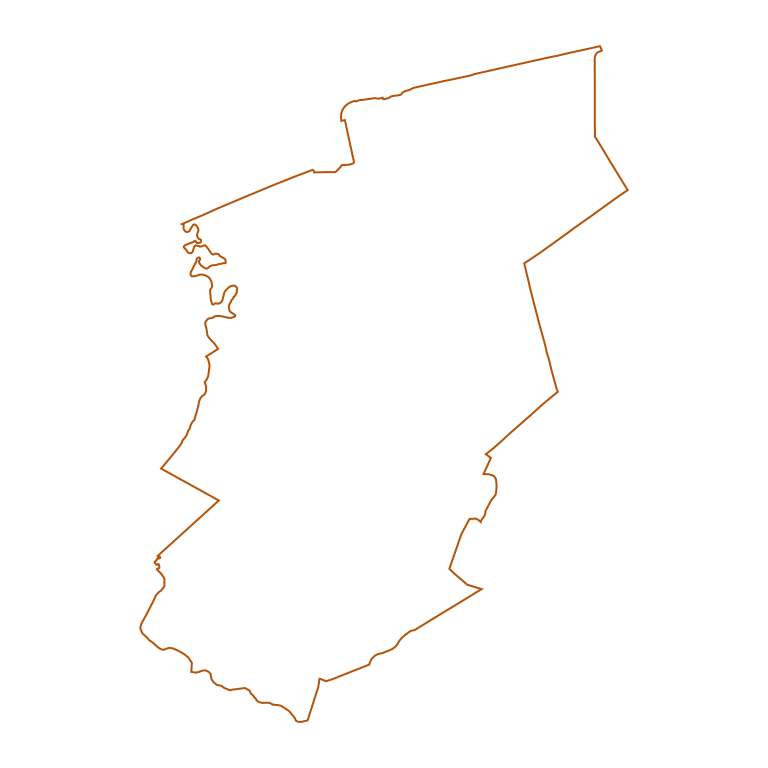 Vladeni, Dâmbovita, Romania
{"feature_id": "2599482B82955603799790", "entity_name": "Vladeni", "entity_type": "district", "adm_level": 2, "iso_a3": "ROU", "parent_name": "Romania", "parent_adm1": "Dâmbovita", "projection": "orthographic", "projection_center": [25.776, 44.875], "detail": "fine", "context": "isolated", "style": "outline", "palette": "amber", "viewbox_px": 768, "rotation_deg": 0, "n_neighbors": 0, "source": "geoboundaries", "source_scale": "gbopen_adm2", "svg_char_len": 6046}
<svg xmlns="http://www.w3.org/2000/svg" viewBox="0 0 768 768"><path d="M307.6,720.4L318.4,686.7L318.5,685.6L319.5,678.9L321.0,679.1L326.0,681.2L331.7,679.5L351.4,671.6L352.7,671.1L367.7,665.2L368.5,664.9L369.2,664.6L369.4,664.3L369.8,662.5L371.5,659.2L372.7,657.8L374.9,655.7L376.4,654.8L379.0,653.8L381.8,653.2L383.2,652.8L386.0,651.6L387.3,651.2L389.6,650.2L392.1,649.1L394.4,647.5L395.3,646.7L396.4,645.6L397.8,643.5L398.5,642.1L399.4,640.8L402.1,637.6L405.0,635.1L406.8,633.8L409.4,631.8L410.5,631.1L411.6,630.6L413.3,630.4L414.1,630.2L415.2,629.7L423.7,624.5L435.2,617.4L463.5,600.2L481.6,589.1L474.9,587.0L472.6,586.4L471.8,586.1L467.6,584.8L466.8,584.4L466.2,583.8L454.1,573.4L449.4,568.8L461.3,534.3L469.5,519.0L475.1,518.6L478.2,519.7L480.6,521.9L480.6,521.4L484.4,515.9L485.2,513.7L485.5,512.0L485.4,511.1L486.3,509.5L491.1,500.4L495.1,495.4L495.7,494.4L496.2,491.3L496.6,486.7L496.4,482.6L495.9,479.1L494.1,476.1L491.6,475.0L488.4,474.2L483.5,474.1L490.9,457.9L485.8,454.2L493.1,448.5L497.7,444.5L510.7,432.6L530.6,415.2L535.7,410.6L542.6,404.3L557.8,391.8L556.7,389.1L551.7,370.9L548.8,358.9L546.8,352.8L545.9,348.2L544.3,342.0L539.7,325.5L529.5,286.0L529.1,283.6L524.2,263.4L538.3,254.0L551.6,244.5L566.6,233.7L574.2,228.0L583.6,221.4L590.8,216.3L614.9,198.9L621.0,194.6L627.7,190.1L618.6,175.4L614.7,168.9L610.5,162.2L608.7,159.1L598.3,141.9L594.9,136.6L595.0,134.7L594.8,124.0L594.8,120.1L594.8,87.9L594.8,87.7L594.8,86.6L594.8,78.4L594.7,65.5L594.8,65.2L594.8,63.7L594.7,60.8L594.7,58.6L594.9,57.0L595.2,55.7L596.1,54.2L596.8,53.2L597.7,52.4L598.7,51.9L601.8,50.7L601.2,48.9L599.9,46.1L595.5,47.2L589.6,48.5L569.0,53.0L556.7,55.9L550.8,57.0L535.6,60.4L512.1,65.6L478.7,73.1L474.4,74.2L469.6,75.7L467.8,76.1L463.4,77.0L452.3,79.4L442.8,81.3L440.9,81.8L436.6,82.7L413.4,87.9L410.4,89.5L408.7,90.2L406.9,90.6L405.5,91.0L404.6,91.4L402.7,92.5L401.7,93.6L401.4,94.1L401.0,94.5L400.6,94.8L396.4,95.6L394.1,95.8L391.5,96.3L388.3,98.2L384.1,99.2L382.8,98.9L382.6,97.7L378.7,98.7L377.4,98.6L375.4,98.1L372.7,98.4L363.2,99.8L360.3,100.0L358.7,100.4L355.9,101.5L355.1,100.9L354.7,101.0L352.2,101.7L350.1,102.6L348.5,103.4L347.0,104.5L345.4,106.0L344.0,107.5L342.9,109.2L342.0,111.1L341.6,112.6L341.2,114.4L341.0,116.1L341.1,118.8L341.3,120.9L344.9,120.1L349.2,140.1L353.1,158.1L353.7,160.2L353.9,162.5L353.3,163.3L350.4,164.4L347.6,164.8L341.9,165.1L339.8,167.8L335.5,172.1L335.2,172.1L328.0,172.1L314.1,172.4L313.8,170.9L312.7,169.8L293.7,177.0L275.1,184.4L250.0,194.8L217.0,208.7L202.5,215.3L193.9,218.9L191.6,219.8L188.7,221.2L181.9,224.1L183.1,224.7L183.7,225.1L183.7,226.2L183.5,228.2L184.0,229.7L185.2,231.3L186.3,232.0L188.2,231.8L189.5,231.1L190.1,229.7L193.2,224.8L194.4,224.4L196.1,225.3L197.9,227.8L198.3,229.0L198.4,230.5L197.1,234.5L197.1,235.9L197.9,237.8L198.7,238.8L200.1,239.4L200.9,239.7L201.1,240.9L200.7,242.3L199.2,242.9L197.0,243.0L196.1,242.3L195.8,241.3L195.0,240.9L194.2,241.2L193.3,242.1L190.2,243.1L185.0,245.2L183.8,246.4L183.9,247.5L186.0,249.6L187.7,252.3L189.3,253.2L191.3,253.2L192.7,251.6L193.5,248.8L194.4,246.6L195.4,245.4L198.9,246.1L199.9,246.7L203.0,246.0L204.1,245.4L205.4,245.4L208.6,249.3L210.0,251.6L211.8,254.0L213.1,254.6L215.1,253.7L217.7,253.9L219.0,254.5L219.4,255.7L224.1,258.4L225.4,259.6L225.7,262.0L225.5,263.1L224.9,263.2L223.2,263.2L222.3,263.5L221.1,263.7L217.6,264.4L216.1,265.1L214.0,265.1L212.8,265.2L211.1,265.7L209.5,266.6L207.8,268.2L206.6,268.6L205.1,268.2L201.4,265.8L199.6,263.6L198.9,261.7L199.2,260.7L200.0,259.8L200.0,258.3L199.3,257.5L197.9,257.7L196.8,258.7L196.4,261.4L195.0,263.9L192.0,270.0L191.1,271.4L190.6,272.9L190.6,274.7L190.8,275.3L191.9,276.4L193.2,276.1L194.8,276.4L197.7,275.3L200.0,274.6L202.4,274.6L204.7,275.1L207.3,276.4L208.9,277.4L210.1,278.9L210.9,280.5L211.6,282.4L212.0,284.2L212.2,286.3L211.6,287.8L210.5,289.1L210.0,290.6L210.6,296.5L210.5,297.5L211.2,301.2L212.4,304.4L213.2,304.6L214.7,303.8L215.1,303.3L215.6,303.4L218.1,303.7L220.1,303.0L221.7,301.6L222.5,299.8L224.4,292.3L225.8,290.2L228.7,287.5L231.1,285.9L234.2,285.6L236.0,286.5L237.1,288.1L237.0,290.4L236.5,293.3L234.8,296.1L233.6,296.9L232.9,298.9L231.6,299.9L230.8,302.0L229.4,304.2L228.8,306.8L229.2,309.1L229.7,311.1L231.3,312.6L234.6,314.6L235.3,315.7L234.8,316.6L231.3,317.9L227.8,317.7L223.3,316.6L219.5,316.0L217.6,315.9L215.0,316.3L213.6,317.0L212.5,317.9L208.7,318.5L207.2,319.6L205.9,321.3L205.2,322.7L205.4,325.1L206.2,327.6L207.1,332.4L207.3,335.0L208.4,336.9L210.7,339.9L212.5,341.7L214.0,342.9L218.1,348.9L206.1,356.5L208.0,359.0L208.8,361.9L209.6,365.6L208.2,376.2L206.7,379.4L204.7,382.3L205.0,383.2L206.2,386.5L206.0,391.4L204.8,394.2L202.2,396.1L200.3,398.3L198.8,402.3L198.6,405.0L194.3,420.2L193.7,420.4L192.2,422.3L190.7,425.1L189.7,428.7L188.2,430.8L187.5,432.7L186.2,436.0L184.4,438.2L182.6,440.3L181.4,443.3L179.7,445.9L172.7,454.7L161.1,468.6L218.8,500.5L157.6,556.0L158.1,556.6L159.9,556.9L160.2,557.5L160.1,558.1L159.1,558.5L157.7,558.5L156.7,559.4L156.4,560.5L154.7,561.9L154.6,562.8L155.7,563.6L156.2,564.5L157.0,564.8L157.9,564.1L158.6,564.2L159.1,565.4L159.4,567.3L159.2,568.1L157.2,568.8L156.9,569.5L159.6,572.1L161.7,574.4L164.2,578.3L164.5,581.3L164.2,582.7L164.5,584.0L164.4,585.9L164.0,586.9L162.7,588.5L161.9,589.7L160.7,590.8L158.5,592.4L155.6,595.8L154.3,599.1L147.7,612.2L142.1,622.3L140.8,625.4L140.3,627.6L140.5,628.8L141.2,630.2L141.6,631.9L142.3,633.2L147.7,638.3L149.3,640.3L151.4,641.6L153.7,643.4L157.8,647.1L160.6,649.1L163.6,649.8L166.6,648.6L169.7,647.8L173.2,648.5L178.2,650.7L183.2,653.5L188.2,657.3L191.9,662.9L191.3,671.9L195.8,672.6L198.4,672.1L202.2,670.7L205.3,670.3L208.8,671.9L210.5,673.8L211.5,679.3L213.8,682.5L216.8,684.8L221.5,685.9L223.8,687.7L230.0,690.3L231.9,689.7L240.7,688.6L244.9,688.0L249.5,690.6L250.6,693.2L253.6,696.2L254.5,697.6L255.8,698.5L256.5,700.3L259.0,702.1L262.3,702.9L266.7,702.7L269.8,703.0L272.8,704.6L277.7,705.1L280.1,705.5L281.9,706.4L282.4,706.6L289.1,711.1L292.6,715.3L295.0,718.3L295.8,720.6L298.5,721.9L302.3,721.8L303.7,721.3L307.6,720.4Z" fill="none" stroke="#b45309" stroke-width="2"/></svg>